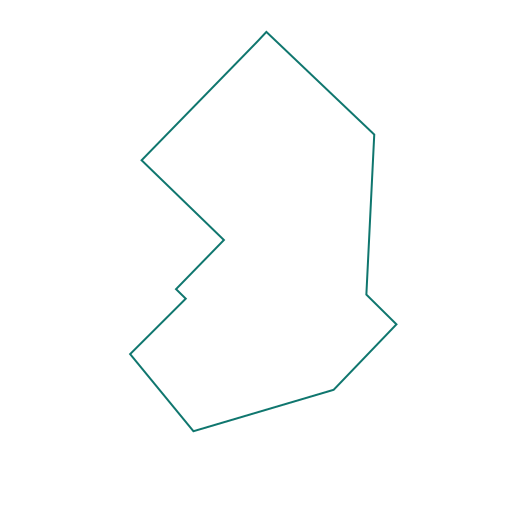 the district of Cameron, Pennsylvania, United States of America, rotated 44°
{"feature_id": "52423323B90482699939397", "entity_name": "Cameron", "entity_type": "district", "adm_level": 2, "iso_a3": "USA", "parent_name": "United States of America", "parent_adm1": "Pennsylvania", "projection": "robinson", "projection_center": [-78.213, 41.418], "detail": "fine", "context": "isolated", "style": "outline", "palette": "teal", "viewbox_px": 512, "rotation_deg": 44, "n_neighbors": 0, "source": "geoboundaries", "source_scale": "gbopen_adm2", "svg_char_len": 318}
<svg xmlns="http://www.w3.org/2000/svg" viewBox="0 0 512 512"><g transform="rotate(44 256 256)"><path d="M256.7,86.5L107.8,87.6L108.0,100.0L107.2,266.6L221.8,266.8L221.5,335.4L235.1,335.5L233.6,414.0L332.7,425.5L404.8,298.3L404.5,207.6L362.2,207.1L256.7,86.5Z" fill="none" stroke="#0f766e" stroke-width="2"/></g></svg>